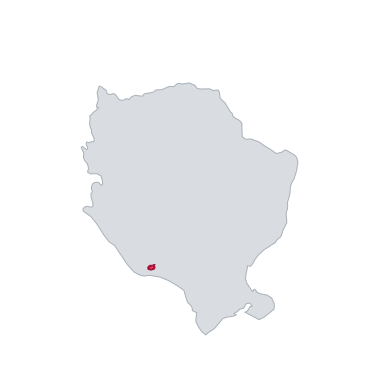 Izvoarele, Giurgiu, Romania (highlighted), rotated 44°
{"feature_id": "2599482B10041458655839", "entity_name": "Izvoarele", "entity_type": "district", "adm_level": 2, "iso_a3": "ROU", "parent_name": "Romania", "parent_adm1": "Giurgiu", "projection": "orthographic", "projection_center": [25.808, 44.04], "detail": "fine", "context": "in_parent", "style": "filled", "palette": "rose", "viewbox_px": 384, "rotation_deg": 44, "n_neighbors": 0, "source": "geoboundaries", "source_scale": "gbopen_adm2", "svg_char_len": 4725}
<svg xmlns="http://www.w3.org/2000/svg" viewBox="0 0 384 384"><g transform="rotate(44 192 192)"><path d="M287.5,213.0L290.8,217.3L294.8,219.5L304.2,221.6L305.0,221.3L305.1,220.8L304.4,220.2L304.3,219.4L304.7,218.4L306.0,218.3L308.1,219.1L312.0,217.7L317.8,213.9L323.1,213.0L328.1,214.8L330.7,217.1L332.4,219.4L332.1,222.2L331.9,224.0L330.9,231.4L330.1,234.2L328.8,237.3L313.6,241.6L314.5,239.8L314.1,236.7L313.3,234.4L314.7,232.3L311.2,231.7L309.7,232.9L308.6,234.9L309.9,239.5L308.3,242.1L307.7,243.6L307.7,247.0L306.8,248.5L306.6,250.1L309.1,249.6L308.1,252.5L303.7,258.3L302.1,261.7L303.0,275.0L301.2,283.0L301.1,285.3L296.1,285.6L294.6,285.4L289.9,284.4L284.6,282.4L281.3,278.4L279.3,275.5L274.9,277.0L274.0,276.6L272.7,275.2L269.4,274.4L265.2,274.4L255.8,269.2L254.7,268.4L247.4,269.4L236.5,272.1L228.2,275.4L219.5,281.3L216.0,285.7L211.9,288.1L206.1,289.8L195.7,289.1L184.9,286.7L173.3,284.2L167.0,285.4L158.6,284.2L145.9,281.1L136.4,279.9L126.9,281.3L125.4,279.9L125.1,278.5L125.6,276.4L126.9,274.8L129.2,273.6L130.5,272.3L130.7,271.0L128.2,268.8L123.1,265.8L121.0,263.9L120.5,263.4L120.4,261.8L119.4,260.5L117.4,259.5L115.9,257.7L114.9,255.2L115.3,252.9L116.9,250.8L119.0,250.0L121.4,250.3L122.4,249.8L122.1,248.2L119.8,246.2L115.5,243.7L111.0,244.8L106.3,249.5L103.0,250.2L101.1,246.8L97.7,244.6L92.6,243.8L89.5,242.3L88.4,240.4L86.3,238.8L81.4,237.0L81.4,235.5L82.3,235.1L84.0,235.1L86.4,234.9L86.8,234.1L86.9,233.3L85.1,232.2L83.2,231.5L82.3,230.7L81.7,230.0L81.6,229.2L82.2,228.7L83.0,228.7L83.7,228.3L84.2,226.5L85.3,225.1L86.1,224.6L86.1,223.5L85.4,222.4L84.4,221.5L83.0,220.9L78.4,219.1L76.2,216.8L74.8,216.7L72.6,215.3L70.2,213.3L68.3,210.6L66.1,208.7L65.5,208.0L65.5,207.3L66.0,206.6L66.0,205.8L65.6,203.2L66.2,200.4L66.2,197.9L66.3,196.7L65.9,196.3L65.4,196.7L64.8,197.1L64.3,197.2L62.7,195.2L60.9,191.3L59.5,189.9L56.8,188.0L54.6,186.3L53.1,183.0L51.6,180.4L52.8,179.5L59.5,178.5L62.6,180.1L64.0,179.7L65.4,178.6L66.2,177.7L66.4,176.8L67.2,175.6L69.5,175.1L75.4,176.2L77.9,174.7L78.8,173.8L79.5,171.8L80.2,170.2L82.4,169.4L82.4,167.9L82.2,166.2L83.6,162.6L84.5,161.2L85.7,160.7L87.2,159.6L89.9,157.3L89.4,155.2L90.0,153.7L92.8,150.1L95.0,146.6L95.0,144.7L95.4,143.2L97.3,141.5L99.2,139.3L102.0,132.4L102.9,131.2L104.6,130.0L105.8,128.7L106.2,124.1L107.3,122.8L109.5,121.4L111.7,119.0L113.6,116.2L115.0,115.0L116.7,114.7L118.6,113.6L120.8,113.3L122.8,113.9L124.1,113.7L126.1,112.4L131.3,107.3L132.1,106.3L133.1,105.6L137.2,104.0L138.3,102.2L139.8,100.6L141.6,100.8L147.3,105.0L153.6,104.9L154.7,105.1L155.1,105.2L155.8,105.5L164.1,107.7L165.4,107.5L165.8,107.4L169.1,109.1L172.1,108.9L175.0,107.8L177.9,107.5L180.6,108.2L182.6,110.6L187.9,115.5L189.5,117.4L191.9,117.1L194.6,116.3L197.4,113.0L205.9,109.3L212.3,108.4L218.5,106.9L225.8,105.8L227.9,102.8L229.0,100.7L229.8,96.8L233.7,95.7L237.4,94.9L238.7,94.4L241.4,94.2L243.4,94.5L246.7,96.4L249.0,98.7L249.9,100.6L251.9,103.2L254.0,107.0L256.3,111.9L256.9,114.4L257.8,117.2L259.5,120.4L262.8,124.1L263.3,124.8L264.8,127.3L267.8,133.0L270.2,135.3L272.4,137.7L273.4,140.2L275.0,142.5L278.5,145.4L281.4,148.1L283.9,155.9L285.7,159.5L286.8,162.3L286.4,168.0L287.1,170.4L286.0,174.8L283.9,183.8L283.5,190.8L284.0,194.6L284.1,197.1L284.8,198.6L285.5,201.8L285.7,204.6L284.8,205.5L283.7,206.2L283.2,206.8L284.4,208.0L285.9,210.3L287.5,213.0Z" fill="#d9dde1" stroke="#a8b0b8" stroke-width="1"/><path d="M214.2,277.8L214.2,277.7L214.7,277.6L214.7,276.9L215.3,277.1L215.4,276.9L215.4,276.7L215.5,276.6L216.0,276.8L216.1,276.7L216.3,276.4L216.5,276.4L216.5,276.2L216.9,275.9L217.0,275.8L217.1,275.6L217.0,275.4L217.0,275.2L217.3,275.1L217.3,274.9L217.2,274.9L217.1,274.7L217.3,274.6L217.5,274.5L217.6,274.4L217.9,274.2L218.1,274.1L218.1,273.9L218.1,273.7L218.1,273.4L218.0,273.2L217.7,273.4L217.4,273.4L217.3,273.2L217.3,272.9L217.5,272.8L217.6,272.7L217.7,272.4L217.6,272.2L217.4,272.0L217.4,271.9L217.2,271.9L216.9,271.8L216.7,271.8L216.4,271.8L215.9,271.8L215.7,271.9L215.8,271.7L215.7,271.5L215.5,271.4L215.6,271.2L215.6,270.9L215.7,270.7L215.6,270.4L215.5,270.5L215.4,270.7L215.3,270.8L215.2,270.9L215.2,271.0L215.3,271.0L215.3,271.3L215.2,271.3L215.2,271.2L215.0,271.3L215.1,271.5L214.9,271.8L214.9,272.0L214.7,272.3L214.6,272.5L214.4,272.6L214.2,272.8L214.3,272.8L214.3,273.0L214.3,273.3L214.3,273.5L214.2,273.5L214.0,273.8L213.9,273.8L213.7,273.9L213.4,273.9L213.4,274.0L213.5,274.2L213.5,274.3L213.5,274.5L213.4,274.5L213.5,274.6L213.4,274.7L213.2,274.6L212.9,274.8L212.8,275.0L212.7,275.2L212.5,275.5L212.8,275.8L213.1,275.9L213.2,276.0L213.3,276.0L213.2,276.3L213.1,276.5L213.0,276.8L212.9,276.9L213.2,277.0L213.3,277.1L213.5,277.2L213.7,277.3L213.8,277.3L213.9,277.6L213.9,277.8L214.2,277.8Z" fill="#f43f5e" stroke="#9f1239" stroke-width="1.5"/></g></svg>